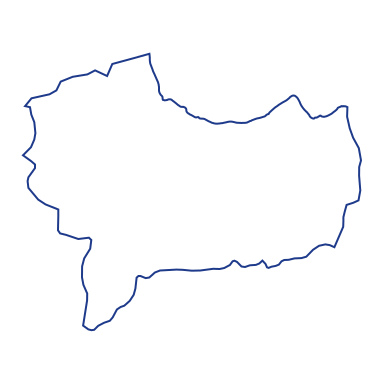 the district of Martuni, Gegharkunik, Armenia
{"feature_id": "60910142B24861736009361", "entity_name": "Martuni", "entity_type": "district", "adm_level": 2, "iso_a3": "ARM", "parent_name": "Armenia", "parent_adm1": "Gegharkunik", "projection": "robinson", "projection_center": [45.353, 40.06], "detail": "fine", "context": "isolated", "style": "outline", "palette": "blue", "viewbox_px": 384, "rotation_deg": 0, "n_neighbors": 0, "source": "geoboundaries", "source_scale": "gbopen_adm2", "svg_char_len": 5848}
<svg xmlns="http://www.w3.org/2000/svg" viewBox="0 0 384 384"><path d="M31.3,114.6L34.3,122.2L35.4,133.2L34.3,139.5L31.0,147.2L23.0,155.3L31.2,161.2L35.0,164.5L35.0,168.1L28.4,177.3L27.6,181.1L28.4,187.9L38.2,199.6L45.5,204.4L58.3,209.5L58.3,216.1L58.0,230.3L60.1,233.4L66.1,234.9L78.3,239.0L88.9,237.7L91.3,240.0L90.2,248.7L84.2,258.4L82.1,266.4L82.0,277.4L83.4,284.8L87.2,293.5L87.1,300.4L83.1,325.6L88.4,329.4L91.5,330.2L94.2,329.8L98.2,325.8L104.2,322.7L109.8,320.8L112.7,317.4L116.9,309.5L120.6,307.0L124.3,305.7L129.7,300.9L133.7,294.8L135.4,288.6L136.6,277.7L138.4,276.0L140.4,276.0L145.7,278.1L149.3,277.5L154.9,272.5L160.0,270.5L176.4,269.6L182.5,269.8L191.8,270.7L200.3,270.5L213.2,268.8L219.6,269.0L224.3,268.0L229.9,265.0L232.6,261.3L234.4,260.7L237.0,261.9L241.5,266.5L245.0,267.0L249.9,265.3L255.9,264.9L259.3,263.5L262.4,260.6L265.5,263.9L267.0,267.3L268.6,267.9L271.5,266.7L275.7,265.9L278.9,264.6L281.5,261.3L284.2,260.0L288.7,259.8L294.5,258.4L301.4,258.1L306.3,256.7L313.0,249.8L319.0,245.8L325.3,244.4L329.7,245.1L334.4,247.2L343.2,226.8L343.4,221.3L343.4,217.2L344.8,211.4L346.6,204.9L353.2,202.8L358.5,200.4L360.3,190.5L359.1,175.7L359.2,167.0L361.0,160.4L358.8,148.1L353.1,137.7L349.7,128.2L347.1,116.7L347.4,107.1L346.3,106.6L345.9,106.5L345.3,106.3L345.0,106.2L344.7,106.2L344.3,106.3L344.1,106.3L343.9,106.3L343.7,106.3L343.4,106.1L343.2,106.1L342.9,106.2L342.7,106.2L342.6,106.3L342.4,106.4L342.2,106.4L341.6,106.1L341.4,106.1L341.2,106.2L340.9,106.5L340.4,106.8L339.9,106.9L338.5,107.5L338.1,107.7L337.8,107.9L337.7,108.1L337.3,108.8L337.0,109.2L336.7,109.5L336.3,110.0L335.7,110.4L335.2,110.9L334.6,111.3L333.4,112.2L332.8,112.7L332.1,113.3L331.4,113.8L330.7,114.2L328.2,115.5L327.3,115.9L326.6,116.2L325.9,116.4L324.7,116.7L324.1,116.8L323.5,116.8L323.1,116.7L322.4,116.6L321.9,116.5L321.3,116.2L321.1,116.1L320.9,115.8L320.8,115.7L320.3,115.6L319.9,115.7L319.5,115.9L318.9,116.4L318.1,116.8L317.3,117.3L316.9,117.5L316.5,117.6L316.2,117.6L315.6,117.6L315.3,117.6L315.1,117.6L314.9,117.7L314.7,117.9L314.5,118.1L314.4,118.3L314.2,118.4L314.0,118.5L313.7,118.6L313.1,118.5L312.7,118.4L312.4,118.3L312.0,118.1L311.5,117.9L311.1,117.6L310.6,117.2L310.2,116.8L310.0,116.5L309.8,116.2L309.6,115.9L309.4,115.6L309.3,115.2L308.9,114.6L308.8,114.4L308.5,114.2L308.3,113.9L308.0,113.6L307.5,112.9L307.3,112.6L306.6,111.9L306.2,111.6L305.7,111.1L305.3,110.6L304.8,110.2L303.7,108.9L303.2,108.3L302.2,106.9L301.9,106.5L301.6,106.0L301.0,105.0L300.7,104.3L300.4,103.8L300.0,102.8L299.8,102.2L299.5,101.6L299.0,100.7L298.5,99.7L297.9,98.7L297.3,97.8L296.6,97.1L295.9,96.5L295.1,95.9L294.6,95.7L294.2,95.6L293.9,95.6L293.5,95.5L293.1,95.6L292.8,95.6L292.4,95.7L292.0,95.9L291.5,96.1L291.1,96.4L290.7,96.7L290.3,96.9L289.9,97.3L289.2,98.1L288.1,99.0L286.9,100.0L285.5,100.9L284.9,101.2L282.0,102.8L281.1,103.4L279.0,104.7L277.8,105.6L276.3,106.7L275.7,107.0L275.2,107.4L274.7,107.8L273.2,109.1L272.2,110.0L271.4,110.7L270.7,111.4L269.7,112.3L269.4,112.6L269.1,113.1L268.9,113.5L268.8,113.8L268.6,114.0L268.4,114.1L268.2,114.1L267.6,114.2L267.3,114.4L266.4,114.9L266.1,115.3L265.7,115.6L265.3,116.0L264.9,116.3L264.4,116.5L263.8,116.7L263.3,116.8L261.8,117.3L260.8,117.6L259.8,117.9L257.3,118.4L256.5,118.6L255.9,118.8L253.5,119.7L252.1,120.2L251.7,120.4L251.4,120.6L251.2,120.7L251.1,120.8L250.8,120.9L250.5,121.0L250.2,121.0L249.9,121.1L249.7,121.2L249.2,121.5L247.9,122.1L246.8,122.6L246.2,122.7L245.4,122.8L244.5,122.9L243.7,122.9L242.4,122.9L241.1,123.0L240.5,122.9L240.0,122.9L238.0,122.8L237.6,122.8L236.9,122.7L236.5,122.7L236.0,122.6L234.9,122.3L233.2,121.9L232.7,121.8L232.1,121.7L231.4,121.6L230.2,121.6L229.5,121.6L228.9,121.7L228.4,121.8L227.2,122.0L226.6,122.2L225.9,122.4L225.2,122.5L223.8,122.8L222.5,123.1L220.6,123.3L219.4,123.5L218.0,123.6L217.4,123.7L216.7,123.7L216.2,123.7L215.6,123.6L214.9,123.5L214.3,123.4L213.8,123.3L213.0,123.0L212.4,122.9L211.8,122.7L211.3,122.5L210.8,122.2L209.7,121.7L209.2,121.5L208.1,121.0L207.5,120.6L206.5,120.1L204.9,119.2L204.2,118.9L203.7,118.8L203.1,118.7L202.1,118.7L201.2,118.6L200.2,118.5L199.8,118.4L199.5,118.3L199.3,118.1L199.0,117.8L198.6,117.3L198.4,117.1L198.2,117.1L197.7,117.1L197.4,117.2L196.9,117.3L196.2,117.4L195.8,117.4L195.3,117.3L194.6,117.0L193.8,116.5L193.3,116.2L192.8,115.9L191.2,115.0L190.2,114.6L189.7,114.3L188.9,113.7L188.4,113.5L187.9,113.1L187.5,112.8L186.8,111.9L186.6,111.6L186.5,111.3L186.4,111.0L186.3,110.4L186.3,109.5L186.2,109.1L186.1,108.7L185.9,108.4L185.6,108.1L185.3,107.8L185.1,107.6L184.8,107.5L184.3,107.2L183.9,107.1L183.6,106.9L183.2,106.9L181.8,106.9L181.4,106.8L181.0,106.8L180.7,106.7L180.3,106.5L179.8,106.2L179.5,106.0L179.0,105.6L178.4,105.2L177.9,104.9L176.4,103.6L175.8,103.1L174.4,102.0L173.8,101.5L173.2,101.1L172.5,100.6L172.1,100.2L171.6,99.8L171.2,99.6L170.8,99.4L170.5,99.4L170.0,99.3L169.5,99.3L169.0,99.3L168.1,99.5L167.4,99.9L167.0,100.0L166.0,100.2L165.0,100.3L164.8,100.3L164.5,100.3L164.2,100.2L163.9,100.1L163.4,100.0L163.1,100.0L163.0,99.9L162.9,99.7L162.7,99.3L162.7,99.1L162.6,98.8L162.6,98.3L162.6,97.9L162.5,97.5L162.5,97.2L162.4,96.7L162.2,96.4L162.1,96.2L161.9,96.0L161.4,95.5L161.0,95.1L160.7,94.8L160.0,93.7L159.8,93.3L159.6,92.8L159.4,92.4L159.3,92.1L159.2,91.8L159.1,91.0L159.0,90.6L159.0,90.0L159.0,88.7L159.0,87.0L158.7,85.2L158.7,84.8L158.6,84.3L158.3,83.4L158.1,82.5L157.8,81.7L157.4,80.9L157.2,80.4L156.9,79.7L156.6,79.1L156.3,78.4L156.0,77.7L155.4,76.3L155.0,75.5L154.8,74.9L154.5,74.3L154.2,73.6L153.9,73.0L153.6,72.4L153.0,71.1L152.7,70.0L152.4,69.2L152.1,68.4L151.8,67.7L151.2,66.0L150.4,64.0L150.2,63.2L150.1,62.6L150.0,61.9L149.9,61.0L149.8,60.6L149.8,60.2L149.8,59.2L149.8,57.7L149.5,54.5L149.4,53.8L132.9,58.4L112.3,64.0L107.1,76.0L95.1,70.4L87.4,74.4L72.7,76.8L60.7,81.6L56.4,90.4L49.5,94.3L31.5,98.3L25.1,106.1L30.0,107.2L31.3,114.6Z" fill="none" stroke="#1e3a8a" stroke-width="2"/></svg>